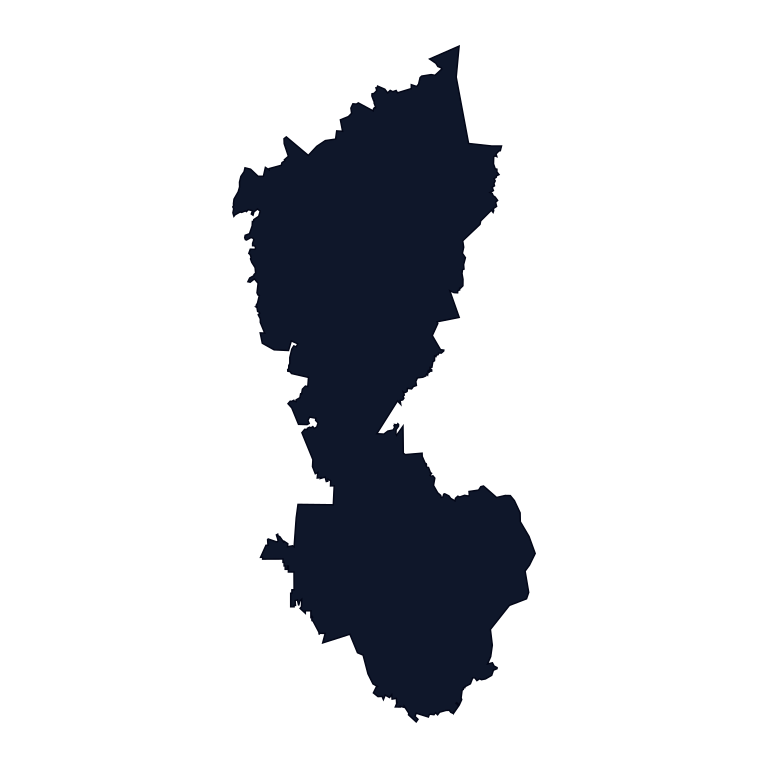 Mocorito, Sinaloa, Mexico (Equal Earth projection)
{"feature_id": "50627088B38309476572974", "entity_name": "Mocorito", "entity_type": "district", "adm_level": 2, "iso_a3": "MEX", "parent_name": "Mexico", "parent_adm1": "Sinaloa", "projection": "equal_earth", "projection_center": [-107.794, 25.364], "detail": "fine", "context": "isolated", "style": "filled", "palette": "ink", "viewbox_px": 768, "rotation_deg": 0, "n_neighbors": 0, "source": "geoboundaries", "source_scale": "gbopen_adm2", "svg_char_len": 6104}
<svg xmlns="http://www.w3.org/2000/svg" viewBox="0 0 768 768"><path d="M319.2,634.6L319.5,633.3L325.2,633.4L322.7,642.9L349.9,634.2L357.5,652.7L363.1,655.1L368.0,673.9L373.0,683.9L377.4,686.4L376.3,687.0L373.4,692.9L378.0,696.6L382.1,696.4L383.4,699.5L385.2,695.1L389.5,697.5L391.7,694.7L392.1,699.1L396.4,698.4L396.6,702.6L397.2,702.5L395.3,706.9L400.2,707.0L400.1,706.3L404.1,707.3L404.2,706.2L408.8,713.2L408.5,714.8L416.2,721.9L418.0,719.3L415.0,716.4L416.2,713.2L428.4,717.0L429.2,714.7L430.4,714.2L434.0,714.7L435.5,712.7L437.6,714.8L439.6,712.2L446.0,710.4L449.3,710.3L450.8,712.3L452.7,713.2L453.5,712.3L453.6,713.2L458.6,706.0L455.9,703.3L456.7,702.6L459.4,704.7L461.7,699.6L461.1,697.8L462.1,690.2L463.3,689.4L463.5,687.7L464.8,687.7L465.1,686.6L470.4,683.8L472.7,677.8L474.9,677.9L476.9,680.6L479.7,678.7L481.4,679.7L485.5,678.9L491.7,675.3L493.4,670.2L497.0,668.7L497.1,667.6L494.1,666.1L492.4,662.8L487.5,664.0L490.7,656.6L492.3,645.2L490.4,629.4L509.4,605.4L526.5,598.8L528.7,592.4L525.1,571.1L529.5,565.1L535.2,553.5L529.0,536.4L520.3,521.7L520.1,512.8L514.4,500.6L510.3,495.6L505.2,495.5L496.6,497.5L483.5,486.0L480.8,486.7L478.6,490.1L469.0,491.5L469.3,494.8L468.7,496.1L464.6,495.3L459.7,497.0L457.8,496.2L455.5,498.3L455.0,500.9L450.7,498.4L448.9,495.9L444.7,493.8L443.7,494.2L443.0,497.0L441.1,497.5L440.7,495.4L437.7,492.8L433.5,485.4L434.8,478.1L432.9,475.8L431.1,476.3L430.0,475.3L431.5,473.3L430.4,472.6L428.5,467.5L427.1,467.5L425.7,465.1L426.5,464.9L426.2,463.7L425.1,463.1L422.2,456.4L422.1,453.2L405.2,454.6L403.3,453.2L403.0,426.2L396.6,435.3L395.9,433.6L396.1,429.7L398.5,426.3L398.6,424.6L397.8,423.7L397.0,424.9L394.7,424.5L395.3,426.1L394.7,425.1L394.0,425.5L394.6,427.5L393.1,430.0L387.8,431.1L383.9,434.1L376.8,433.7L397.5,400.9L400.7,404.3L400.1,400.5L402.7,399.9L403.9,398.2L403.0,396.3L404.3,395.1L403.2,391.8L404.4,392.7L406.4,391.9L407.1,391.4L407.5,388.4L411.6,388.9L413.4,386.5L416.4,385.5L415.8,381.5L417.4,377.9L422.8,377.2L425.8,375.9L426.6,374.0L427.6,375.0L427.9,373.0L428.8,372.3L427.9,371.4L428.3,370.6L429.6,371.7L430.2,370.2L430.6,371.2L431.7,371.1L431.7,369.8L430.7,368.9L429.8,369.5L429.9,367.4L431.9,367.2L432.8,361.8L434.5,360.7L434.6,356.0L435.9,356.6L436.5,354.9L437.9,354.8L439.1,352.9L441.3,353.1L443.7,351.0L443.8,350.1L440.5,349.7L432.3,335.6L437.8,323.5L437.0,321.8L459.2,317.4L449.8,290.7L453.9,292.6L457.6,292.8L457.8,290.6L459.7,289.9L459.6,288.2L460.5,288.2L462.9,285.8L463.0,279.3L462.0,273.5L462.5,269.6L464.0,269.1L463.6,264.6L465.4,257.7L462.4,253.3L463.7,247.2L462.7,240.8L480.0,224.4L480.7,220.9L491.4,210.2L493.1,212.4L493.7,210.6L493.3,208.6L496.6,206.4L495.6,202.3L497.6,200.4L495.1,197.0L493.2,195.8L492.2,193.5L490.0,192.5L493.4,190.6L492.2,187.3L494.5,185.8L493.9,183.6L495.2,180.9L494.0,178.7L496.2,177.3L496.5,175.8L499.0,174.6L496.9,171.9L496.9,169.2L495.2,168.8L493.5,163.9L493.7,156.8L494.9,155.9L496.8,156.6L496.0,154.0L498.8,151.0L500.3,150.7L501.5,146.0L491.6,146.0L468.6,143.5L456.2,77.1L459.1,46.1L429.6,59.0L435.8,63.2L437.9,66.5L441.0,67.7L441.8,69.0L435.0,75.3L431.2,74.6L421.7,76.1L420.1,77.6L418.6,84.1L416.7,86.5L411.3,84.7L411.3,88.6L397.5,92.8L396.1,90.5L392.8,91.7L390.2,90.4L387.6,92.9L384.8,89.2L377.6,86.1L377.0,87.9L376.0,87.9L376.8,90.5L374.1,93.4L372.0,93.8L371.9,96.0L373.7,100.9L374.3,100.9L374.1,103.0L375.6,107.0L375.5,107.9L374.4,107.7L373.5,108.9L373.2,110.9L358.3,102.9L356.4,104.1L352.9,103.8L350.9,108.1L351.6,113.3L348.4,116.6L340.4,119.8L342.6,131.3L336.7,130.9L335.6,139.1L325.3,140.6L316.8,146.3L308.3,155.4L286.3,136.9L284.0,138.7L284.2,143.7L288.4,156.3L284.4,159.7L284.9,160.8L282.0,162.6L281.3,165.3L269.1,168.6L269.1,169.9L265.4,167.4L263.4,176.3L258.1,176.3L250.6,169.2L245.0,167.8L244.1,171.7L240.9,176.4L239.5,182.1L239.6,186.9L238.2,191.8L234.0,199.1L233.4,204.2L233.9,204.9L232.8,206.9L233.7,208.7L232.9,212.8L233.9,216.3L235.2,214.7L240.1,212.0L241.6,212.4L245.4,210.9L246.4,211.6L248.3,209.7L252.5,210.7L251.3,214.0L253.0,215.2L253.9,211.9L257.5,209.0L260.2,211.1L258.7,216.3L253.8,219.6L253.5,221.5L252.4,221.5L252.2,225.8L249.5,233.7L245.2,235.3L244.7,237.7L245.4,239.6L246.5,240.0L250.8,237.6L252.6,237.9L253.9,239.5L252.6,243.3L252.6,245.7L254.7,245.8L255.4,247.1L255.5,248.5L254.8,249.3L250.3,249.2L248.8,253.4L250.2,254.6L251.1,257.4L250.5,258.8L251.8,262.4L255.1,267.6L255.6,273.1L254.0,274.5L254.0,275.6L249.7,278.0L247.9,281.7L250.2,282.2L254.4,278.9L258.1,283.3L257.0,292.8L258.0,295.0L259.3,295.5L257.5,303.1L256.2,305.3L256.8,306.5L255.8,306.8L257.0,307.6L257.6,311.4L259.4,312.4L259.7,313.3L258.2,314.7L260.3,318.8L260.3,322.4L264.7,333.1L260.2,332.9L262.3,343.2L274.1,349.8L288.5,350.5L291.3,340.9L297.8,343.8L296.2,346.8L293.8,345.9L291.8,349.1L289.8,357.5L289.8,363.5L288.8,365.5L288.7,368.6L287.7,369.6L287.8,371.2L290.1,371.6L291.5,373.5L308.5,377.4L307.8,386.6L305.4,386.1L302.4,389.2L301.6,394.0L300.6,393.8L299.9,397.7L296.1,399.9L296.1,401.6L294.2,401.2L293.8,400.3L291.7,401.4L290.2,401.2L288.0,403.7L291.8,407.9L298.5,424.3L307.1,424.6L309.2,423.4L307.9,420.4L309.6,417.1L315.8,418.2L315.6,420.4L318.1,422.9L316.8,426.9L314.3,428.5L312.8,426.6L311.0,427.8L309.6,427.2L307.4,428.3L307.3,429.5L304.7,429.3L301.9,432.7L312.9,459.6L312.5,466.6L315.3,473.7L317.8,472.4L317.2,478.0L321.0,477.6L320.6,478.4L325.1,477.1L326.3,481.5L327.8,481.2L328.1,479.2L330.7,480.8L330.5,485.9L334.2,485.8L333.3,504.8L298.0,504.4L296.2,517.9L294.1,546.8L292.6,545.8L287.5,546.7L287.8,543.7L284.0,541.2L283.6,542.0L279.9,536.8L278.0,535.7L277.7,534.2L276.4,534.9L278.2,540.6L277.0,542.0L268.2,539.0L267.6,539.6L268.0,545.3L266.0,545.3L260.6,557.3L262.6,557.2L262.6,559.1L283.0,559.0L283.0,562.4L284.1,562.5L284.1,565.9L285.2,565.9L285.2,569.3L287.4,569.3L287.4,565.9L288.4,566.0L288.4,572.0L294.0,572.0L294.1,589.7L291.9,589.8L291.9,593.2L290.7,593.2L290.7,606.8L294.1,606.8L294.1,605.4L295.5,605.4L295.1,600.6L297.4,599.9L298.7,605.4L299.7,601.2L301.7,599.3L301.5,606.7L300.1,608.4L305.3,613.2L305.3,610.8L310.9,610.8L310.9,617.2L312.0,616.3L312.6,617.1L311.8,618.6L312.0,620.6L313.0,621.0L318.9,632.1L319.2,634.6Z" fill="#0f172a" stroke="#020617" stroke-width="1.5"/></svg>